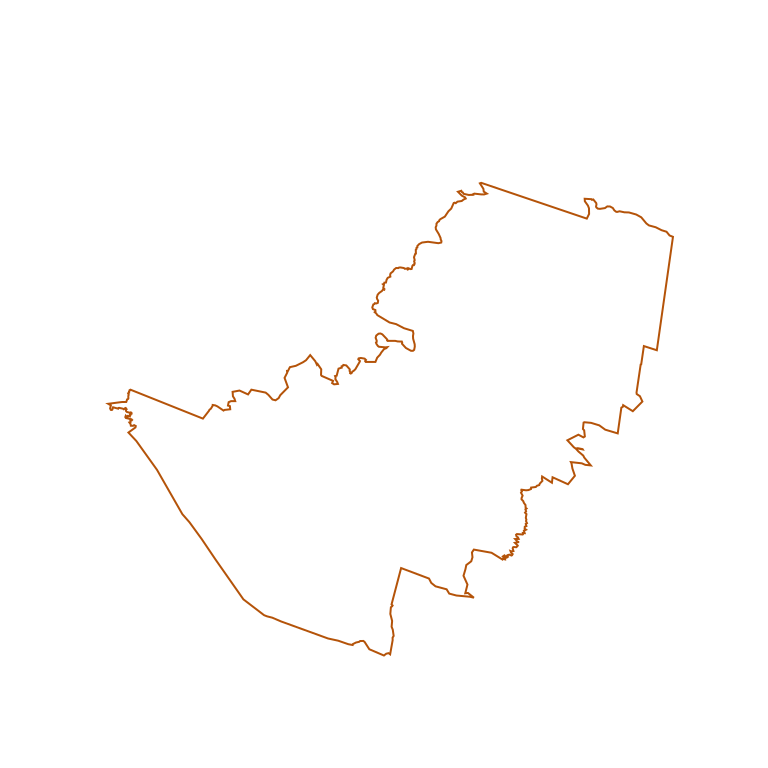 Usmas pag., Ventspils, Latvia, rotated 205°
{"feature_id": "27541924B16194119386281", "entity_name": "Usmas pag.", "entity_type": "district", "adm_level": 2, "iso_a3": "LVA", "parent_name": "Latvia", "parent_adm1": "Ventspils", "projection": "equal_earth", "projection_center": [22.177, 57.218], "detail": "fine", "context": "isolated", "style": "outline", "palette": "amber", "viewbox_px": 768, "rotation_deg": 205, "n_neighbors": 0, "source": "geoboundaries", "source_scale": "gbopen_adm2", "svg_char_len": 6166}
<svg xmlns="http://www.w3.org/2000/svg" viewBox="0 0 768 768"><g transform="rotate(205 384 384)"><path d="M426.5,453.3L426.5,452.4L427.3,451.6L427.0,448.5L425.7,447.2L423.1,447.4L422.4,446.2L422.8,445.2L420.9,444.7L419.1,443.6L405.0,442.1L398.3,443.4L389.5,443.0L380.3,444.3L378.7,442.2L378.0,439.7L376.7,437.3L373.0,433.0L371.9,430.9L371.1,427.7L371.8,426.3L373.5,425.5L379.4,425.9L384.7,428.1L385.0,429.2L385.8,430.0L389.4,428.4L392.2,427.8L398.9,424.6L399.6,424.8L399.7,425.5L400.6,426.0L406.5,428.3L408.5,428.3L410.2,427.3L411.5,424.6L411.1,422.3L409.0,420.3L408.4,419.0L408.8,418.2L408.0,417.3L405.7,415.9L404.4,415.6L398.2,417.8L396.6,418.8L397.0,417.5L398.7,415.7L399.8,411.3L400.0,408.9L401.3,405.0L401.1,400.4L409.9,396.3L410.8,396.8L410.5,398.2L412.3,398.8L416.0,397.8L417.8,396.5L417.8,395.6L415.6,394.7L415.4,394.2L416.2,385.3L417.1,383.0L417.9,381.9L418.0,380.1L418.6,379.4L419.3,379.5L419.4,380.2L420.8,381.4L420.9,382.3L421.4,382.9L426.0,384.9L428.9,384.1L428.9,383.2L429.9,382.1L429.2,381.0L431.7,378.7L430.4,371.5L431.7,370.5L430.6,369.4L430.2,367.9L427.2,366.0L425.8,364.6L429.1,362.6L431.4,362.9L431.5,365.3L443.9,365.0L444.9,365.6L447.1,370.8L452.7,374.1L452.9,373.1L455.9,375.6L463.1,379.0L464.7,372.6L466.6,369.5L471.6,363.2L476.4,359.5L476.6,354.8L477.3,354.7L476.5,353.3L476.7,347.5L469.6,340.4L473.3,330.0L473.5,326.7L475.4,323.4L478.5,322.8L484.2,325.3L487.6,326.2L501.8,322.8L502.8,317.1L512.2,317.0L517.9,312.9L515.7,309.0L513.3,307.5L511.6,305.6L515.4,303.8L517.1,301.9L516.3,298.5L514.3,298.8L512.7,296.1L517.6,293.1L518.2,292.1L525.5,293.3L527.9,293.3L530.4,292.6L530.1,291.7L530.5,288.4L531.3,286.9L531.3,285.8L533.5,276.1L611.4,271.7L611.9,271.0L611.6,270.6L612.0,269.5L611.3,268.4L612.0,267.4L610.8,266.3L610.7,265.1L609.6,262.9L609.7,262.1L610.3,261.5L610.0,258.8L614.1,256.8L625.6,249.5L622.5,249.2L621.9,246.1L620.7,245.1L619.7,245.4L619.4,246.0L619.7,248.4L614.5,249.3L614.5,250.1L613.8,250.5L610.1,251.3L609.1,251.1L608.5,252.3L607.9,252.6L608.2,252.9L608.0,253.1L606.7,252.4L607.1,251.7L606.3,250.4L605.2,250.0L602.1,250.6L601.5,251.3L600.6,251.1L600.2,250.4L601.3,249.1L600.7,248.7L601.0,247.8L600.7,247.3L602.9,246.8L603.1,246.4L602.5,245.6L603.2,245.2L604.6,246.0L604.5,244.7L603.6,244.1L597.9,245.3L597.1,245.0L597.3,244.3L598.5,243.8L597.6,242.2L598.5,241.5L596.6,240.4L595.8,239.2L593.8,240.0L593.1,241.1L591.2,241.0L590.9,239.6L595.1,232.0L584.4,227.7L553.5,210.3L511.7,180.8L501.9,176.5L483.8,166.5L462.5,153.7L420.4,129.4L395.0,123.8L391.8,124.0L386.5,125.0L376.9,125.3L327.2,129.7L317.0,132.0L306.4,133.1L302.1,134.2L302.3,135.1L300.1,137.9L297.6,139.8L297.0,141.0L294.1,142.4L292.5,142.0L285.2,137.4L269.3,137.9L268.0,140.5L266.1,142.0L264.2,141.6L267.9,155.5L269.0,157.7L268.8,159.8L272.2,165.0L274.5,167.2L276.5,172.7L281.1,178.3L283.2,184.0L283.4,184.6L282.7,186.0L282.6,186.9L284.0,187.4L290.7,224.4L261.0,226.7L257.1,223.7L251.8,222.4L240.5,224.4L236.3,221.6L229.0,222.9L216.2,227.5L212.2,228.3L219.6,230.1L221.9,228.7L223.6,237.5L230.9,243.8L231.9,250.5L232.9,254.7L230.0,260.2L230.6,264.4L233.1,268.5L232.6,271.9L215.2,276.5L202.5,275.0L202.5,275.7L200.1,276.2L200.5,276.9L203.4,277.9L202.4,279.6L199.4,278.5L198.7,279.7L200.0,280.3L199.8,281.0L198.3,282.3L196.0,282.4L195.6,282.9L195.5,284.2L197.5,284.8L198.8,286.1L197.7,286.2L196.1,287.3L197.9,289.4L198.1,290.4L197.5,291.1L195.1,292.0L194.5,293.6L194.5,294.1L198.2,295.4L194.8,297.9L196.3,297.5L199.6,298.9L196.5,300.5L197.8,301.6L199.4,301.8L200.6,303.2L200.1,304.2L194.7,306.2L194.5,306.7L195.2,307.7L193.5,308.3L195.2,310.2L193.7,312.0L195.4,312.3L196.1,314.2L194.9,315.4L196.4,317.1L195.6,318.3L197.4,319.8L197.6,321.2L198.9,322.6L199.9,326.3L201.8,327.0L201.4,328.7L202.8,330.1L202.2,331.4L203.3,331.6L204.6,334.1L207.0,335.4L208.3,336.7L210.6,337.6L211.1,338.7L211.2,341.4L213.9,343.4L213.6,344.9L214.8,345.9L214.8,346.3L210.3,347.7L208.3,348.9L206.4,350.9L206.9,352.3L202.9,354.8L202.4,356.4L200.6,358.0L200.7,359.6L199.5,363.2L200.9,364.9L201.6,367.0L190.1,365.5L191.8,370.7L174.9,370.9L172.2,381.5L177.5,387.0L180.5,391.3L181.6,392.2L171.2,395.7L167.4,395.8L162.2,397.6L171.5,402.0L173.1,403.3L179.3,405.0L182.6,406.4L181.0,407.5L176.2,408.7L176.5,408.9L181.3,407.7L183.0,406.5L185.2,406.9L194.0,410.5L186.4,420.2L180.7,419.9L179.8,421.3L183.0,426.6L184.7,427.3L186.8,433.4L186.3,434.0L179.9,436.3L171.4,437.5L164.2,436.1L151.3,438.0L158.9,462.9L157.9,464.3L158.3,465.9L147.0,464.5L142.4,477.3L146.9,481.1L150.7,481.7L151.5,482.9L159.6,510.1L159.2,510.5L164.5,528.2L151.0,529.9L184.3,639.5L188.0,639.3L192.3,641.4L197.4,640.7L204.0,640.9L210.9,639.7L214.1,640.4L221.3,643.8L227.0,644.2L234.5,643.0L238.7,641.2L243.5,640.1L245.4,638.5L246.3,638.2L248.6,638.7L251.0,640.2L254.2,640.4L256.7,639.3L258.1,636.8L262.3,634.0L264.3,633.3L266.2,633.8L266.8,634.4L267.4,636.7L268.2,637.7L272.3,639.7L273.3,638.8L274.0,639.2L280.4,636.7L279.2,634.5L274.6,631.9L272.5,629.9L270.0,624.8L270.1,619.6L380.9,607.4L381.9,606.4L376.4,602.9L374.9,600.5L371.3,600.0L373.4,598.1L375.8,597.0L382.6,594.7L383.6,593.5L383.1,593.2L383.3,593.0L387.3,591.1L392.2,590.0L393.5,590.9L394.6,590.9L395.6,591.8L398.2,589.5L393.1,587.6L389.4,587.4L388.3,586.6L389.8,584.9L390.9,582.7L394.5,580.3L395.4,578.2L396.6,578.2L397.3,577.5L397.2,571.4L398.6,567.8L399.6,561.4L402.6,557.2L403.1,555.7L402.9,554.8L403.8,553.5L404.2,551.5L403.4,549.7L403.4,547.9L402.3,546.1L397.8,543.1L394.4,540.2L393.8,539.1L392.3,537.8L391.9,536.4L394.2,534.6L404.2,531.5L409.3,528.3L411.3,525.6L412.1,523.1L411.5,521.9L412.1,521.1L411.6,519.7L411.9,519.0L410.2,515.7L410.7,515.3L410.4,511.6L408.5,509.2L408.6,508.0L407.3,506.6L407.5,506.1L407.0,505.4L407.1,504.4L408.0,504.0L408.2,503.2L407.6,499.9L408.6,499.3L410.9,499.2L410.6,498.1L411.0,497.7L412.0,498.4L413.8,497.2L415.0,497.5L418.3,496.6L419.6,495.9L420.0,495.1L422.0,494.3L423.2,492.0L423.4,489.9L424.8,487.0L424.5,485.3L423.6,484.0L425.5,481.8L425.7,479.5L425.1,476.8L426.5,476.0L426.3,474.9L427.1,474.0L425.9,473.6L425.3,470.8L424.0,470.3L424.5,469.7L424.2,469.4L424.8,469.3L425.2,467.4L426.8,464.6L427.5,462.3L427.1,459.3L426.2,458.2L424.5,457.0L423.9,454.9L424.9,453.8L426.5,453.3Z" fill="none" stroke="#b45309" stroke-width="2"/></g></svg>